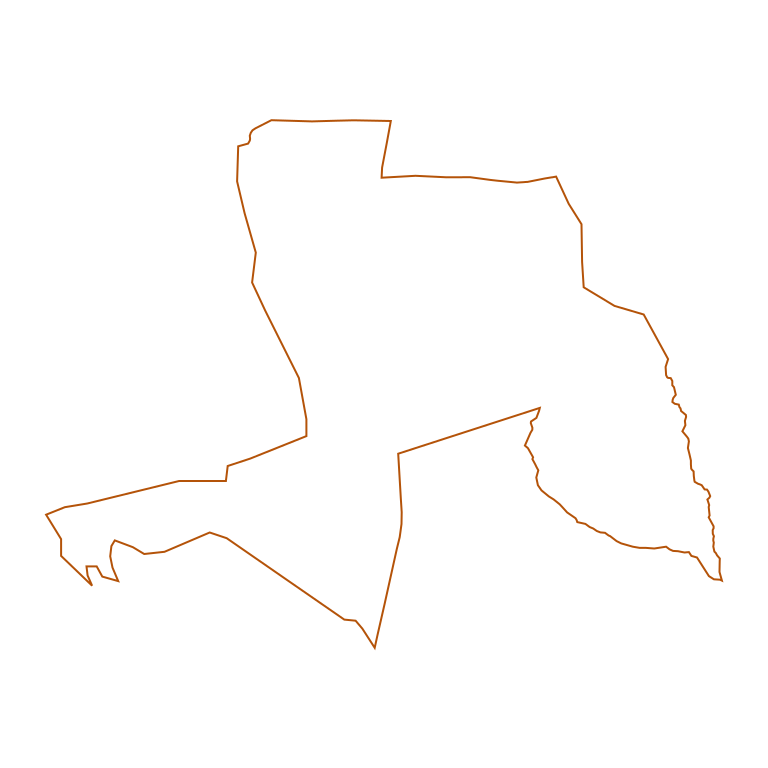 Ayawaso West, Greater Accra, Ghana
{"feature_id": "2480657B22724340600972", "entity_name": "Ayawaso West", "entity_type": "district", "adm_level": 2, "iso_a3": "GHA", "parent_name": "Ghana", "parent_adm1": "Greater Accra", "projection": "orthographic", "projection_center": [-0.161, 5.632], "detail": "fine", "context": "isolated", "style": "outline", "palette": "amber", "viewbox_px": 768, "rotation_deg": 0, "n_neighbors": 0, "source": "geoboundaries", "source_scale": "gbopen_adm2", "svg_char_len": 2566}
<svg xmlns="http://www.w3.org/2000/svg" viewBox="0 0 768 768"><path d="M556.1,176.6L552.3,177.3L551.3,177.4L544.7,178.5L527.6,181.9L525.4,182.0L523.2,182.2L519.8,182.4L516.8,182.6L516.1,182.5L497.3,180.7L490.2,179.9L470.2,177.2L446.7,177.3L415.5,175.8L381.6,177.7L382.1,167.6L382.9,163.4L386.8,142.9L390.1,124.9L390.8,121.0L353.6,120.3L337.1,120.7L312.0,121.4L271.4,120.2L255.5,128.3L252.5,130.3L250.8,132.8L249.8,135.7L250.1,138.9L249.8,140.6L248.1,143.6L238.2,146.3L237.1,181.4L244.6,213.2L255.8,252.6L252.1,282.5L265.2,310.6L298.9,378.0L306.4,419.2L306.4,436.1L250.2,458.6L227.7,466.0L225.9,481.0L214.6,481.0L179.1,481.0L87.3,503.5L64.8,507.2L46.1,514.7L61.1,539.1L61.1,555.9L92.1,585.7L87.6,575.5L86.5,566.4L96.7,566.4L102.3,576.6L118.2,581.1L112.5,567.6L110.2,556.3L111.4,546.1L114.8,540.4L132.9,547.2L144.2,554.0L164.5,551.8L209.7,532.5L226.7,538.2L275.8,572.2L344.3,619.6L355.6,620.7L362.4,628.7L374.7,647.8L377.6,634.6L384.6,604.0L396.8,549.0L399.7,537.2L400.5,531.4L401.5,524.0L401.7,512.2L400.8,498.1L398.2,453.7L539.8,407.9L539.1,410.7L536.4,417.9L531.0,421.5L530.8,423.1L532.4,427.8L532.3,429.8L530.5,432.8L524.9,445.6L527.9,448.1L533.1,457.3L532.4,459.1L535.2,464.3L536.5,467.0L538.3,470.3L536.3,477.5L537.9,485.2L541.5,490.4L548.8,496.4L553.6,499.4L559.7,504.3L562.4,507.2L567.1,512.4L575.5,518.2L576.6,520.0L577.3,522.1L585.4,523.9L589.6,527.0L593.2,528.5L596.8,531.0L600.4,532.4L605.0,532.8L608.6,535.5L610.1,536.1L616.6,541.1L621.2,543.4L632.8,546.7L639.8,547.9L646.2,547.9L654.3,548.5L666.1,546.7L669.5,549.3L673.0,550.9L678.0,551.2L684.5,552.5L688.9,552.1L691.4,555.9L697.0,557.5L708.9,576.1L713.9,579.3L720.0,579.7L721.9,580.6L719.5,572.0L719.7,561.3L719.8,558.5L717.1,555.4L715.8,553.0L714.4,551.6L713.7,548.4L713.3,546.6L713.8,542.6L713.3,540.7L713.3,538.9L713.9,536.2L712.8,533.8L712.7,530.1L713.6,528.2L713.6,526.3L708.7,517.3L709.6,515.5L708.7,507.0L709.2,505.1L707.4,499.5L709.4,497.7L710.2,496.1L708.4,491.6L707.0,489.6L704.6,489.4L701.7,485.2L699.7,484.3L698.1,483.8L694.7,481.8L694.4,480.7L693.8,475.9L693.6,471.4L692.0,469.8L691.2,468.7L690.9,464.4L690.9,460.5L689.5,454.4L687.9,448.0L688.9,441.4L688.3,438.6L687.0,436.8L682.4,431.3L685.4,425.2L684.9,420.9L686.1,416.9L685.9,415.0L681.1,411.0L680.5,408.4L679.4,407.0L678.8,404.6L674.8,403.8L672.4,402.0L672.7,399.7L673.4,397.8L675.8,394.8L674.0,387.2L672.3,385.3L672.3,381.0L670.7,378.1L668.1,377.9L667.2,377.3L666.1,375.1L665.6,366.9L668.1,359.1L643.7,314.5L614.5,305.9L583.7,287.3L582.1,262.0L581.5,224.2L568.7,203.8L556.1,176.6Z" fill="none" stroke="#b45309" stroke-width="2"/></svg>